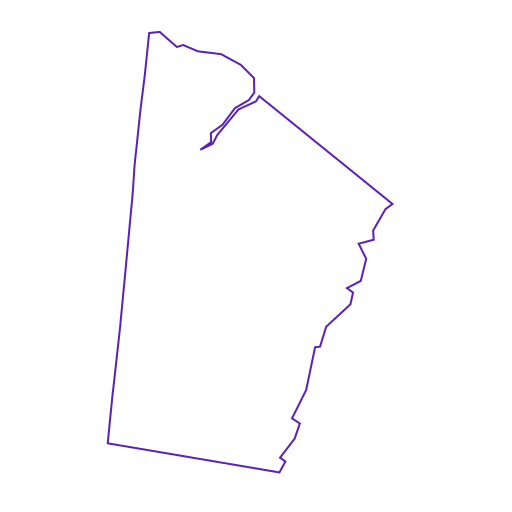 Mecklenburg, Virginia, United States of America (Natural Earth projection), rotated 96°
{"feature_id": "52423323B47547270594160", "entity_name": "Mecklenburg", "entity_type": "district", "adm_level": 2, "iso_a3": "USA", "parent_name": "United States of America", "parent_adm1": "Virginia", "projection": "natural_earth1", "projection_center": [-78.439, 36.716], "detail": "fine", "context": "isolated", "style": "outline", "palette": "violet", "viewbox_px": 512, "rotation_deg": 96, "n_neighbors": 0, "source": "geoboundaries", "source_scale": "gbopen_adm2", "svg_char_len": 848}
<svg xmlns="http://www.w3.org/2000/svg" viewBox="0 0 512 512"><g transform="rotate(96 256 256)"><path d="M457.8,383.9L468.8,210.1L457.3,205.3L454.1,211.0L433.4,198.4L418.0,194.9L413.7,203.2L384.0,192.1L340.6,187.7L339.4,182.8L319.0,178.8L294.1,157.0L282.2,155.7L278.4,162.2L269.8,149.2L247.3,146.1L233.0,155.2L227.5,140.6L218.5,142.2L195.8,132.1L190.0,125.7L96.7,269.5L102.2,272.2L112.1,288.8L139.9,307.3L148.8,310.7L156.2,322.5L147.4,312.5L138.5,313.7L128.9,303.0L111.0,292.3L101.7,279.4L93.7,274.8L79.3,276.6L67.5,291.1L58.9,311.8L58.5,335.2L53.8,350.6L56.4,356.6L43.2,375.2L45.4,385.6L83.8,385.5L87.8,385.5L92.9,385.6L122.6,386.2L165.9,386.2L167.9,386.3L179.8,386.2L203.1,385.3L211.5,385.1L221.0,385.0L223.9,385.0L291.3,384.2L337.6,383.8L338.3,383.7L405.6,384.1L405.8,384.2L457.8,383.9Z" fill="none" stroke="#5b21b6" stroke-width="2"/></g></svg>